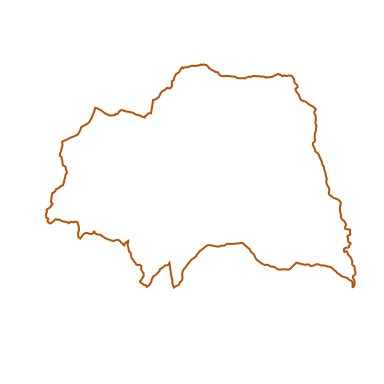 outline of Pucara, Azuay, Ecuador, rotated 259°
{"feature_id": "8360857B91188181337605", "entity_name": "Pucara", "entity_type": "district", "adm_level": 2, "iso_a3": "ECU", "parent_name": "Ecuador", "parent_adm1": "Azuay", "projection": "mercator", "projection_center": [-79.542, -3.174], "detail": "fine", "context": "isolated", "style": "outline", "palette": "amber", "viewbox_px": 384, "rotation_deg": 259, "n_neighbors": 0, "source": "geoboundaries", "source_scale": "gbopen_adm2", "svg_char_len": 6015}
<svg xmlns="http://www.w3.org/2000/svg" viewBox="0 0 384 384"><g transform="rotate(259 192 192)"><path d="M101.7,155.9L103.0,159.2L103.1,161.1L104.4,162.3L105.6,162.9L106.1,163.9L107.6,165.6L109.3,166.3L112.2,166.5L115.7,167.5L118.2,169.7L118.6,170.5L123.6,175.9L125.7,178.6L127.5,182.8L128.2,183.8L129.7,184.9L131.2,186.9L132.0,187.5L132.5,188.2L132.9,189.4L136.5,196.2L136.7,197.6L136.5,199.3L133.7,206.1L133.2,208.6L133.6,209.9L133.6,211.8L133.1,213.4L134.2,216.0L134.3,217.2L133.2,222.5L132.7,227.8L132.7,230.6L132.1,232.0L126.3,236.4L125.3,237.6L121.8,238.5L118.9,240.9L114.5,241.9L112.6,243.1L108.7,246.6L106.5,249.4L106.1,252.4L103.8,255.2L103.2,257.6L102.3,258.9L99.7,261.5L99.2,262.8L98.6,267.4L97.4,272.0L97.6,273.1L102.7,281.0L102.3,282.3L101.4,283.5L99.1,288.7L98.8,292.2L98.1,293.4L96.8,294.1L96.6,294.5L96.5,295.3L96.8,298.4L97.3,300.1L97.3,300.8L96.6,302.8L95.3,304.6L94.9,307.1L92.5,312.0L92.0,313.8L91.7,314.1L88.3,316.6L86.8,318.1L84.9,319.0L83.2,320.8L80.6,323.0L78.1,327.8L75.8,329.6L73.8,332.0L72.6,332.2L68.0,331.5L67.8,331.8L69.0,333.4L70.5,334.0L73.6,334.5L74.6,334.5L75.9,333.9L77.6,333.6L78.4,333.9L78.9,334.4L79.3,335.5L80.1,336.6L81.0,337.0L83.1,337.1L84.6,336.9L87.3,337.3L88.5,336.9L89.4,335.8L90.3,335.4L93.0,336.0L95.1,335.9L98.1,335.0L100.5,333.4L104.0,332.8L104.4,332.2L104.2,330.2L105.3,329.9L107.3,330.6L108.0,332.8L107.6,334.3L107.7,335.1L107.9,335.5L109.6,336.2L110.8,337.7L111.3,337.9L111.8,337.7L113.0,336.2L113.8,335.8L117.0,336.4L118.8,336.0L119.5,336.7L119.7,339.0L120.0,339.2L120.9,339.5L122.3,339.2L123.6,339.8L124.6,340.0L125.1,339.7L126.1,336.0L126.6,335.4L127.8,335.2L128.6,335.6L129.8,336.8L131.4,337.0L134.3,335.9L136.3,334.2L138.3,333.5L142.0,333.9L145.9,333.6L149.7,334.7L152.8,336.0L153.8,336.0L156.8,333.9L159.3,329.7L163.6,326.0L164.5,325.9L166.8,326.9L169.3,327.4L173.1,326.0L174.7,325.7L177.4,326.0L179.2,326.9L182.5,326.4L184.6,326.6L189.6,326.1L192.0,326.2L193.9,325.2L197.2,325.2L200.8,324.2L204.7,323.5L206.0,322.9L208.3,320.8L211.0,320.7L215.2,319.6L215.9,319.6L216.9,320.0L218.4,322.2L218.9,322.6L222.8,322.9L226.0,323.9L228.8,325.5L231.1,326.0L232.9,326.8L236.4,326.2L238.8,327.3L242.6,327.8L243.5,327.9L245.1,327.2L246.6,327.2L247.7,327.6L249.1,329.2L249.9,329.3L252.9,326.8L255.6,323.6L257.8,321.9L259.2,320.5L260.6,317.7L262.0,316.2L267.3,315.3L270.2,313.8L272.6,313.0L273.6,313.3L274.1,314.2L274.5,315.6L274.8,315.7L276.1,315.7L277.4,315.2L279.9,313.5L283.8,313.7L285.0,312.8L286.4,312.6L286.6,312.4L287.6,310.7L287.9,309.3L287.8,306.6L288.0,306.2L288.9,305.3L288.9,304.7L288.4,303.5L288.5,302.6L289.7,301.9L290.1,300.9L291.1,299.8L291.5,298.9L291.4,298.0L290.8,297.0L290.8,296.1L290.5,294.7L289.6,292.4L290.0,290.5L289.8,289.1L290.4,287.4L290.1,286.6L290.2,286.2L291.3,285.2L291.7,284.5L291.9,282.2L292.7,280.3L294.3,274.0L293.7,271.7L294.3,269.6L294.0,268.4L294.1,267.1L293.3,265.8L293.4,265.4L293.9,264.5L294.5,260.5L295.5,257.7L296.3,257.2L297.1,256.1L297.9,252.7L298.9,250.3L298.9,248.8L299.5,247.7L299.6,245.2L300.0,244.4L300.4,242.6L302.7,240.7L304.3,240.4L304.7,239.9L305.4,237.8L306.6,236.8L308.1,234.6L309.9,233.0L310.2,232.4L311.3,232.1L313.4,230.7L314.0,230.1L314.3,229.1L315.0,227.9L314.9,225.7L315.5,224.9L314.9,223.1L315.1,221.2L315.0,219.4L315.8,216.8L315.9,214.7L315.3,211.9L315.7,209.6L315.6,208.3L315.1,206.8L315.4,206.4L316.2,206.1L316.1,205.7L313.8,203.5L312.4,202.6L311.5,201.0L311.3,200.0L310.3,198.4L307.1,196.0L305.2,195.2L304.7,193.6L301.6,192.8L299.9,192.6L298.3,191.0L297.9,190.3L298.0,189.8L299.0,187.3L298.0,186.2L297.6,184.8L297.0,184.0L296.7,182.0L294.3,179.5L291.7,177.8L289.8,173.8L289.7,171.4L277.1,166.8L277.6,165.1L277.2,163.6L275.9,162.1L275.5,160.5L274.1,159.9L274.2,159.4L275.3,158.0L275.6,157.0L276.4,156.4L276.8,155.9L279.0,151.2L280.8,149.4L281.4,148.4L282.2,146.7L283.5,143.0L285.7,139.0L285.8,137.5L284.7,135.6L283.1,134.2L282.9,133.3L283.1,131.7L282.9,131.4L282.3,131.2L282.1,130.7L282.6,127.7L282.6,126.1L285.6,121.8L289.5,118.4L292.4,114.7L293.1,113.0L290.2,111.7L284.0,107.7L281.8,105.7L280.4,104.8L279.4,103.3L278.5,100.9L277.0,95.9L273.2,93.5L270.2,90.9L269.1,86.9L268.8,84.2L267.1,78.3L266.8,76.0L266.1,74.1L263.5,74.0L261.8,73.4L258.6,71.8L257.2,71.4L254.7,69.7L253.1,69.2L252.5,69.4L251.7,70.4L251.0,70.6L249.5,70.3L247.9,70.7L243.1,70.3L240.9,72.7L239.3,72.6L234.7,73.0L233.4,71.4L232.8,71.1L231.3,70.6L228.5,69.1L226.3,68.3L223.2,66.6L223.0,64.8L221.0,61.3L221.1,60.3L220.6,59.0L218.7,57.8L218.4,56.9L217.7,56.1L217.9,55.3L217.5,54.8L215.7,53.8L209.5,51.7L209.1,51.7L207.9,52.3L207.2,52.9L206.7,52.7L205.9,51.4L204.2,50.0L203.3,48.4L203.0,46.9L202.5,46.2L201.7,45.7L200.6,45.8L199.8,45.6L198.3,44.6L196.8,44.0L194.4,44.2L193.4,45.7L192.9,45.8L190.8,44.5L188.4,46.3L188.1,47.3L190.1,51.1L190.9,52.1L191.2,53.2L190.3,55.1L190.4,56.2L187.9,59.2L186.3,63.8L186.0,64.3L184.9,64.6L185.2,66.0L185.9,67.1L185.8,67.7L184.8,69.8L185.2,71.0L185.1,71.9L184.1,73.8L183.7,74.1L182.3,73.7L181.1,74.2L176.3,73.9L173.4,72.3L171.4,72.2L169.6,71.8L167.6,73.5L171.1,77.1L171.9,78.8L172.0,80.7L170.2,84.2L170.0,85.9L170.5,87.3L171.8,87.9L171.9,88.4L171.6,88.7L170.6,88.8L169.3,89.6L167.9,92.3L167.5,94.0L166.0,95.2L164.8,96.7L163.6,97.6L161.7,100.3L159.8,103.6L158.9,105.8L159.3,108.4L159.1,110.4L157.7,111.8L152.3,115.2L151.8,115.3L152.5,115.5L153.2,115.3L153.8,115.6L155.2,117.8L156.2,120.1L155.1,119.9L152.9,118.8L151.4,118.6L149.9,118.9L147.5,118.8L145.4,119.0L143.9,120.1L143.4,120.2L139.0,120.0L137.2,121.0L134.8,121.9L133.2,123.0L131.4,123.4L130.6,124.9L130.6,126.7L128.9,128.2L128.5,128.2L126.9,127.5L125.3,127.3L122.8,128.3L121.7,129.0L120.3,128.6L119.0,128.7L115.3,125.4L114.4,124.0L113.9,123.8L112.9,124.2L111.6,125.7L110.2,126.8L109.2,128.9L108.4,129.5L107.6,129.4L107.9,130.6L108.7,132.1L109.8,133.4L110.2,133.5L111.9,135.1L113.7,135.7L116.5,137.9L117.6,140.7L120.4,144.7L120.7,145.1L122.2,145.8L122.6,146.3L123.4,149.0L124.8,151.1L125.0,152.0L124.8,154.2L125.1,155.0L126.6,156.3L112.2,155.6L111.5,155.9L108.6,155.8L106.1,155.2L101.7,155.9Z" fill="none" stroke="#b45309" stroke-width="2"/></g></svg>